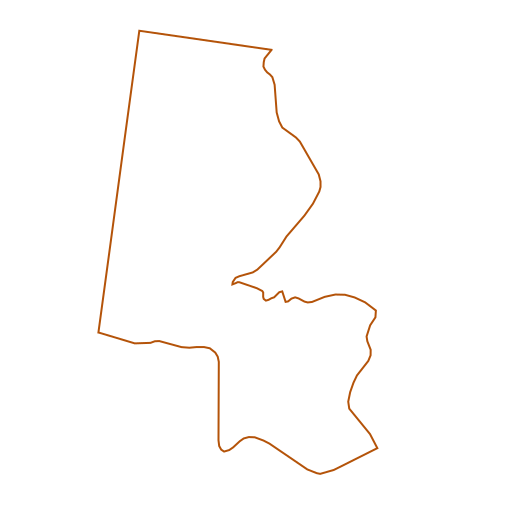 outline of Wele-Nzás, rotated 188°
{"feature_id": "GNQ-1471", "entity_name": "Wele-Nzás", "entity_type": "Province", "adm_level": 1, "iso_a3": "GNQ", "parent_name": "Equatorial Guinea", "parent_adm1": "", "projection": "natural_earth1", "projection_center": [10.876, 1.497], "detail": "fine", "context": "isolated", "style": "outline", "palette": "amber", "viewbox_px": 512, "rotation_deg": 188, "n_neighbors": 0, "source": "natural_earth", "source_scale": "10m", "svg_char_len": 1444}
<svg xmlns="http://www.w3.org/2000/svg" viewBox="0 0 512 512"><g transform="rotate(188 256 256)"><path d="M401.4,158.3L401.8,245.3L402.4,354.1L402.9,462.8L295.5,462.4L269.3,462.3L269.3,462.2L270.0,461.1L275.0,452.8L275.3,449.1L275.0,444.6L273.0,441.7L270.5,439.4L267.5,437.7L264.7,435.4L261.4,428.2L255.5,401.0L251.9,392.6L247.8,386.8L232.9,378.9L228.5,375.4L205.2,345.5L202.5,338.9L201.7,333.3L202.3,328.7L206.9,315.7L213.7,302.7L228.5,279.6L233.8,267.9L236.6,263.0L252.8,242.7L256.9,239.3L269.6,233.7L273.2,231.5L275.4,227.0L275.4,224.6L272.0,226.5L270.6,227.5L268.8,227.7L250.6,224.2L244.9,222.2L243.8,220.9L243.2,216.5L242.4,214.6L240.0,213.2L237.5,214.3L234.9,216.3L232.3,217.6L227.9,223.4L225.1,224.6L220.3,214.7L217.9,215.5L215.0,218.7L211.5,220.5L207.9,219.9L201.7,217.6L198.3,217.2L194.1,218.3L182.3,225.1L172.0,228.9L162.5,230.0L152.6,228.7L141.5,225.3L129.7,218.7L129.2,211.9L133.3,203.3L135.3,191.7L133.9,187.1L129.4,179.1L128.7,173.6L130.2,167.7L139.4,151.8L141.8,144.2L143.8,134.3L144.4,124.6L142.4,117.8L118.3,95.5L109.1,82.6L149.1,55.0L162.1,49.2L165.6,49.4L175.5,51.8L216.6,72.1L222.9,74.3L232.0,76.3L237.9,75.7L242.8,73.6L246.3,70.3L252.0,63.3L255.5,60.1L260.4,57.9L263.5,59.4L266.0,62.7L267.5,68.3L278.1,146.0L279.9,151.0L282.9,154.7L288.9,158.2L294.9,158.6L302.0,157.6L309.2,155.9L317.1,155.4L339.9,158.3L344.3,157.5L348.4,155.3L363.9,152.6L401.2,158.3L401.4,158.3Z" fill="none" stroke="#b45309" stroke-width="2"/></g></svg>